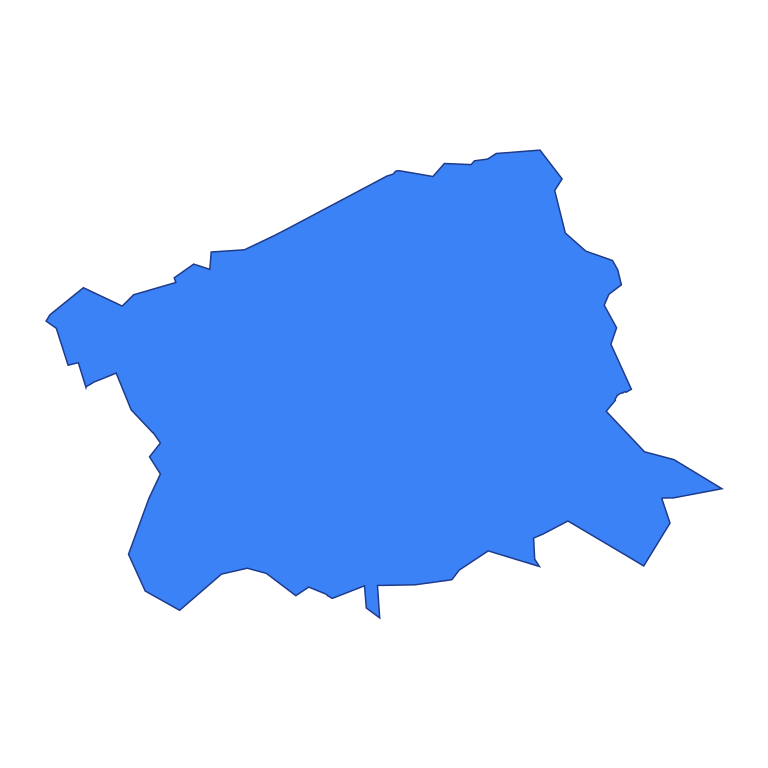 the district of Buncombe, North Carolina, United States of America
{"feature_id": "52423323B179276843030", "entity_name": "Buncombe", "entity_type": "district", "adm_level": 2, "iso_a3": "USA", "parent_name": "United States of America", "parent_adm1": "North Carolina", "projection": "orthographic", "projection_center": [-82.512, 35.619], "detail": "fine", "context": "isolated", "style": "filled", "palette": "blue", "viewbox_px": 768, "rotation_deg": 0, "n_neighbors": 0, "source": "geoboundaries", "source_scale": "gbopen_adm2", "svg_char_len": 1583}
<svg xmlns="http://www.w3.org/2000/svg" viewBox="0 0 768 768"><path d="M631.1,558.4L643.7,566.0L670.0,523.1L661.8,498.5L663.2,498.0L673.5,497.9L679.1,496.8L721.9,488.7L673.9,459.6L644.5,451.8L606.2,411.3L615.4,400.3L615.3,398.7L616.7,396.7L616.9,395.5L618.6,394.7L619.5,393.8L621.9,393.0L622.8,393.0L624.0,392.1L625.3,391.8L626.2,392.2L627.7,391.3L631.4,389.3L610.9,344.2L616.6,327.8L604.2,305.2L604.5,304.5L608.9,294.3L621.4,284.8L617.8,270.0L617.5,269.5L617.3,269.1L612.5,260.5L585.9,251.2L565.3,233.0L554.7,190.5L562.1,178.9L540.0,150.1L496.2,153.5L487.5,159.1L474.5,160.8L471.1,164.6L444.4,163.5L432.9,176.5L401.1,171.0L398.1,170.7L396.7,170.9L395.5,171.4L394.8,172.0L393.9,173.4L393.1,174.1L386.8,176.1L286.8,229.1L274.6,235.4L244.4,249.8L211.2,252.0L209.8,269.4L193.7,264.1L174.2,277.8L175.8,282.5L133.7,294.7L122.2,306.1L83.4,287.7L50.0,314.7L46.1,321.1L56.3,328.3L68.1,365.2L78.3,362.7L86.0,387.5L86.1,387.1L86.2,386.8L86.3,386.6L93.0,382.7L93.3,382.4L93.6,382.2L116.2,373.1L131.2,409.9L152.8,432.7L153.2,432.7L153.2,432.8L153.3,432.9L160.4,443.0L149.5,456.8L160.4,474.0L148.9,498.4L128.5,554.3L145.2,591.0L179.6,610.3L221.5,574.1L247.3,568.2L266.4,573.4L295.8,595.7L308.7,587.1L326.4,594.3L327.4,595.5L327.8,595.9L329.7,596.8L330.9,597.7L332.0,598.2L332.8,598.2L364.5,585.8L366.3,608.0L379.7,617.9L377.5,585.8L377.5,585.5L378.7,585.4L382.1,585.4L415.0,584.8L451.9,579.7L459.2,570.1L488.2,550.9L539.4,566.5L535.1,559.8L534.9,559.8L534.8,559.7L534.7,559.5L534.7,559.3L533.6,538.1L543.3,533.9L567.9,521.0L631.1,558.4Z" fill="#3b82f6" stroke="#1e3a8a" stroke-width="1.5"/></svg>